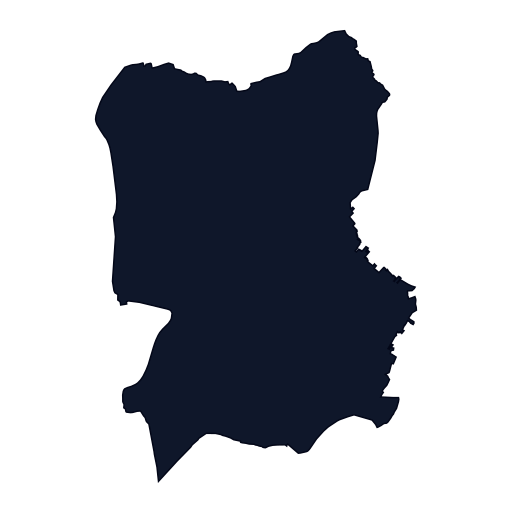 outline of Bang Ban, Phra Nakhon Si Ayutthaya, Thailand
{"feature_id": "78962969B93937525115566", "entity_name": "Bang Ban", "entity_type": "district", "adm_level": 2, "iso_a3": "THA", "parent_name": "Thailand", "parent_adm1": "Phra Nakhon Si Ayutthaya", "projection": "albers", "projection_center": [100.482, 14.383], "detail": "fine", "context": "isolated", "style": "filled", "palette": "ink", "viewbox_px": 512, "rotation_deg": 0, "n_neighbors": 0, "source": "geoboundaries", "source_scale": "gbopen_adm2", "svg_char_len": 5977}
<svg xmlns="http://www.w3.org/2000/svg" viewBox="0 0 512 512"><path d="M367.7,189.4L375.0,160.5L377.2,142.4L378.1,133.4L378.0,130.8L376.5,116.0L376.6,113.0L377.0,111.3L377.7,109.4L381.4,104.0L382.1,102.7L382.8,102.2L384.1,102.0L384.8,101.8L385.9,100.5L387.0,99.1L387.3,97.2L389.4,95.4L389.6,94.9L389.6,94.3L389.4,93.7L387.4,91.4L385.5,90.0L384.6,89.1L382.6,85.2L380.5,84.0L379.6,82.9L378.0,82.8L376.2,80.9L374.9,80.2L374.4,79.0L372.9,77.6L372.7,77.1L372.8,76.5L373.1,75.7L373.9,74.8L373.9,74.4L373.6,73.9L372.2,73.0L372.0,72.5L372.1,71.6L372.7,70.9L372.7,70.4L371.7,69.2L371.2,66.3L370.0,61.6L368.3,60.9L367.7,58.8L365.8,58.9L363.3,57.6L361.7,57.3L361.2,57.0L360.2,55.4L358.3,54.6L358.1,54.2L358.2,52.1L358.1,51.6L355.3,49.7L354.7,48.4L354.8,47.7L356.2,47.1L356.9,46.4L356.3,43.1L356.3,41.5L356.2,41.0L353.9,39.3L352.2,38.5L351.7,37.7L349.0,36.7L348.4,36.2L346.1,33.9L344.6,30.7L334.4,31.9L331.0,33.0L327.6,34.6L318.6,42.0L316.6,42.8L314.0,43.4L311.3,43.8L310.4,44.3L306.1,47.6L300.8,52.6L298.8,53.5L294.4,54.1L293.8,54.6L292.9,56.3L291.6,62.5L290.7,65.9L289.5,68.4L288.0,70.5L286.0,72.0L283.7,72.9L278.6,74.5L276.5,75.0L270.2,77.0L265.1,78.5L260.1,81.7L256.5,82.3L251.1,83.6L250.9,83.9L251.2,85.4L251.1,86.1L249.2,88.7L247.3,89.9L245.7,90.5L240.0,91.4L237.2,91.3L236.8,91.0L236.4,90.1L235.3,86.7L234.5,85.7L232.1,83.2L231.6,83.3L230.2,84.7L229.6,84.9L228.4,83.4L227.8,81.6L224.9,81.9L221.4,81.0L214.4,81.0L212.9,81.1L211.0,81.6L207.9,81.7L206.1,82.0L205.5,79.5L204.5,77.8L203.6,77.1L200.9,75.8L197.9,75.1L196.1,73.4L195.5,73.3L194.4,73.3L193.6,73.9L191.7,74.4L190.4,74.4L188.2,74.1L186.0,73.2L184.4,72.1L181.8,71.1L180.8,70.1L175.2,69.0L174.5,68.6L174.2,67.9L173.1,64.6L168.6,63.1L164.2,64.4L158.0,66.7L152.3,68.1L152.0,67.7L151.2,63.9L150.9,63.5L150.5,63.3L146.1,64.3L145.4,65.8L145.1,66.0L144.0,66.2L143.1,63.1L142.8,63.0L139.2,64.0L136.9,64.4L132.5,64.8L130.9,65.2L124.8,67.3L111.2,84.9L102.7,97.4L100.1,103.1L97.8,109.5L96.0,115.5L95.6,119.3L96.0,121.6L96.9,124.2L100.5,130.3L104.6,136.6L106.0,138.2L106.9,139.6L109.0,144.6L110.0,148.0L111.0,153.0L113.1,166.7L116.5,194.5L116.9,201.9L116.4,208.9L115.5,212.6L113.5,217.5L115.5,236.7L112.5,281.3L114.0,290.7L115.0,292.8L117.9,294.5L117.8,300.0L119.6,301.3L120.3,302.3L120.7,305.0L126.7,304.0L126.4,301.7L128.4,300.9L139.5,302.3L167.3,309.0L169.7,309.8L170.9,310.8L172.1,313.0L171.4,318.4L170.6,320.3L168.5,323.4L162.7,329.1L159.8,332.6L158.1,335.5L156.1,339.8L154.7,343.5L153.3,347.8L148.4,364.4L146.1,370.2L143.1,376.3L140.6,380.0L137.6,383.1L135.5,384.5L133.1,385.6L131.4,386.4L127.5,387.6L124.8,388.8L124.0,389.7L123.3,391.3L122.7,395.1L122.8,398.6L122.8,401.3L123.0,402.2L123.9,404.0L124.1,404.7L123.8,407.8L125.4,408.9L126.0,411.7L126.6,412.1L130.6,412.6L132.7,412.4L137.2,411.2L140.1,411.0L140.8,411.3L143.6,415.8L145.2,417.6L146.1,420.7L146.6,421.7L148.9,424.0L154.1,451.7L154.4,454.2L157.0,467.1L158.5,481.3L176.9,461.2L190.6,447.2L192.2,444.8L197.9,439.8L198.7,438.4L206.2,433.3L215.6,433.4L221.2,434.6L222.3,435.3L225.6,436.1L230.6,437.9L233.7,439.7L240.4,441.1L240.6,441.3L240.6,442.2L240.8,442.4L242.5,442.8L245.8,443.2L249.1,444.0L254.5,444.3L255.1,444.9L257.5,445.3L259.2,446.0L262.0,446.5L262.9,447.3L264.2,447.6L265.5,447.7L268.5,446.2L272.8,445.2L277.6,444.9L284.6,444.8L285.6,445.1L286.7,446.0L287.1,444.4L287.6,444.0L298.3,453.2L300.3,453.0L305.6,451.8L306.7,451.5L307.7,451.0L309.1,449.6L310.1,448.3L316.5,438.9L323.5,431.1L327.6,427.4L328.9,426.4L337.2,420.9L339.5,419.7L347.8,416.7L353.7,414.9L354.4,414.9L371.7,419.9L372.3,420.3L375.7,424.5L377.1,427.4L377.8,427.2L381.0,425.5L383.4,423.8L384.4,423.4L386.3,423.2L387.0,422.8L387.9,422.0L390.6,418.3L392.2,415.5L393.4,414.1L394.2,412.1L396.5,408.4L398.4,401.8L398.8,399.2L398.5,397.6L392.8,397.6L380.7,397.0L381.7,394.7L383.3,392.4L382.4,391.5L382.5,390.4L384.2,388.1L386.7,385.4L388.2,382.4L389.5,379.5L388.4,377.9L387.7,376.2L385.3,374.3L389.0,372.6L389.6,370.9L391.5,363.4L393.3,363.8L396.1,357.1L394.3,356.0L394.3,355.9L392.2,354.7L392.3,354.6L392.0,354.4L390.3,353.7L390.7,351.2L391.6,350.5L393.4,350.1L393.7,348.1L391.9,347.7L391.8,347.9L391.1,347.5L393.0,344.9L392.1,344.4L389.3,349.4L388.0,348.7L394.6,337.0L394.9,336.5L396.5,335.4L396.5,335.2L396.0,334.1L397.2,332.5L397.4,331.6L398.7,332.7L399.4,332.1L400.0,332.7L400.7,331.9L401.8,333.4L404.0,330.7L402.4,329.8L404.4,325.2L404.7,325.4L406.3,323.0L407.5,320.6L409.3,321.5L410.2,322.6L410.6,322.8L410.7,323.2L413.1,324.5L414.0,323.0L413.5,322.6L413.8,321.7L410.1,319.4L408.6,318.0L412.2,312.7L416.4,310.2L416.2,307.2L415.4,304.1L415.8,300.3L415.7,299.0L414.9,296.6L411.6,297.9L408.4,298.8L408.2,296.9L407.6,295.7L407.6,292.8L407.3,292.1L407.6,290.9L412.0,290.6L414.3,288.5L415.1,287.1L411.4,285.9L408.2,284.4L400.3,279.7L397.6,283.1L397.0,282.6L401.0,278.2L399.8,277.0L399.6,277.4L398.5,276.5L394.3,281.5L393.6,281.0L395.5,278.9L395.0,278.5L395.7,277.5L393.6,275.5L392.8,276.3L392.2,275.3L391.9,275.6L391.0,273.9L388.5,271.4L387.5,269.6L386.5,270.8L385.9,270.4L386.3,269.9L385.8,269.0L384.1,267.4L383.7,267.5L379.0,272.6L374.1,268.5L376.3,265.8L374.9,264.5L374.5,263.9L372.8,265.8L368.7,262.6L367.3,261.0L368.0,260.2L366.7,259.0L367.1,258.5L366.0,257.5L365.4,258.2L364.5,257.4L369.3,251.8L368.3,250.8L367.1,252.4L365.9,251.4L367.9,249.0L367.4,248.6L368.1,248.0L366.0,246.6L362.1,251.2L361.4,250.7L361.3,250.9L360.6,250.2L360.4,250.4L359.6,249.7L359.4,250.0L358.7,249.4L356.4,252.0L355.1,250.9L357.6,247.9L357.2,247.4L359.7,244.4L359.5,243.7L360.7,242.4L360.1,241.9L360.7,241.1L359.8,240.4L360.1,240.0L359.2,238.9L358.3,240.0L357.4,239.4L358.4,238.2L357.3,237.2L357.6,236.8L356.7,236.0L357.4,235.3L356.6,234.5L357.1,234.0L356.1,232.9L357.1,231.7L356.3,230.9L357.0,230.2L352.9,225.9L354.8,223.8L354.2,223.1L354.4,222.9L350.7,218.4L349.6,217.2L349.5,216.8L353.1,213.1L351.7,211.3L354.1,208.7L352.8,207.3L350.6,208.9L350.1,202.9L350.3,202.3L351.6,200.3L352.2,199.6L356.2,196.7L359.0,193.6L359.4,192.6L360.3,191.8L361.6,190.9L367.7,189.4Z" fill="#0f172a" stroke="#020617" stroke-width="1.5"/></svg>